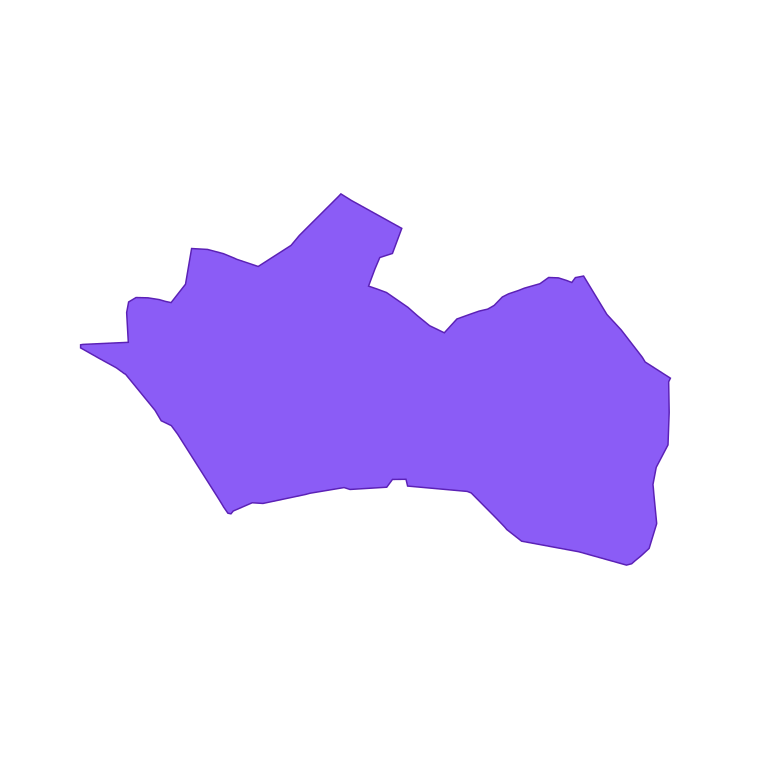 Awgu, Enugu, Nigeria (Robinson projection), rotated 287°
{"feature_id": "59680162B11400589438827", "entity_name": "Awgu", "entity_type": "district", "adm_level": 2, "iso_a3": "NGA", "parent_name": "Nigeria", "parent_adm1": "Enugu", "projection": "robinson", "projection_center": [7.469, 6.159], "detail": "fine", "context": "isolated", "style": "filled", "palette": "violet", "viewbox_px": 768, "rotation_deg": 287, "n_neighbors": 0, "source": "geoboundaries", "source_scale": "gbopen_adm2", "svg_char_len": 1452}
<svg xmlns="http://www.w3.org/2000/svg" viewBox="0 0 768 768"><g transform="rotate(287 384 384)"><path d="M518.4,268.7L501.3,259.6L489.4,254.6L459.6,229.3L460.2,206.8L460.6,204.0L461.7,192.3L461.1,175.9L457.3,160.4L421.4,165.0L399.6,156.6L399.1,151.1L399.0,144.4L397.4,133.1L394.2,121.6L387.8,115.8L377.1,117.0L349.1,127.3L333.8,84.4L332.8,82.4L329.8,83.3L325.2,104.2L321.2,123.4L317.9,132.9L317.9,133.8L291.9,172.7L283.7,181.7L282.0,192.8L275.7,201.3L225.8,259.5L220.4,265.6L219.6,266.4L214.8,272.5L215.1,275.6L218.5,277.0L231.9,292.7L234.4,303.2L255.4,341.2L257.9,345.2L273.3,376.1L273.2,382.3L286.1,416.8L295.2,420.0L299.3,432.9L293.3,436.4L305.6,495.0L305.3,499.3L302.0,505.4L289.0,529.6L282.6,541.1L280.7,544.0L273.9,561.6L280.5,619.2L281.7,668.8L284.5,673.4L288.4,675.8L295.2,680.3L301.2,683.8L304.3,685.6L330.0,685.6L330.7,685.4L358.2,674.0L363.0,672.1L366.5,670.6L383.9,668.7L408.8,673.4L440.3,665.0L469.3,655.6L473.3,656.2L481.4,627.3L485.0,623.3L505.0,595.1L515.7,576.8L545.6,543.3L541.7,535.9L536.0,533.9L536.4,528.5L536.5,519.8L534.0,510.3L525.5,503.8L516.7,490.2L512.7,485.2L506.6,476.7L501.8,471.7L491.4,466.4L488.7,463.9L485.9,461.2L481.5,453.6L476.3,446.5L467.5,434.7L450.6,426.7L453.1,410.5L459.1,395.9L464.3,384.5L472.2,359.7L472.8,349.9L473.1,340.6L491.4,341.7L503.7,343.0L507.7,348.7L508.4,349.7L511.3,353.9L538.0,355.5L550.0,299.1L553.2,287.2L550.0,285.6L518.4,268.7Z" fill="#8b5cf6" stroke="#5b21b6" stroke-width="1.5"/></g></svg>